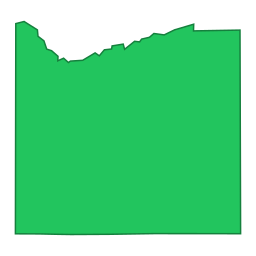 outline of Cattaraugus, New York, United States of America
{"feature_id": "52423323B48082592169210", "entity_name": "Cattaraugus", "entity_type": "district", "adm_level": 2, "iso_a3": "USA", "parent_name": "United States of America", "parent_adm1": "New York", "projection": "equal_earth", "projection_center": [-78.757, 42.27], "detail": "fine", "context": "isolated", "style": "filled", "palette": "green", "viewbox_px": 256, "rotation_deg": 0, "n_neighbors": 0, "source": "geoboundaries", "source_scale": "gbopen_adm2", "svg_char_len": 538}
<svg xmlns="http://www.w3.org/2000/svg" viewBox="0 0 256 256"><path d="M240.0,30.1L193.5,30.9L193.7,24.2L174.7,29.8L164.2,34.9L153.9,33.5L149.4,37.3L141.6,39.1L139.6,41.9L134.6,41.3L124.6,49.3L123.2,44.1L112.1,45.9L111.6,49.0L104.4,49.8L99.3,55.8L95.1,52.9L82.7,60.3L70.4,61.1L68.4,62.5L63.6,58.2L57.8,60.8L58.0,56.3L51.6,50.7L46.7,49.1L43.9,40.8L38.0,36.3L37.4,29.9L24.1,21.5L15.8,23.6L15.4,233.8L38.8,233.9L58.0,234.3L71.1,234.5L108.5,234.3L154.3,233.6L240.6,233.7L240.0,30.1Z" fill="#22c55e" stroke="#15803d" stroke-width="1.5"/></svg>